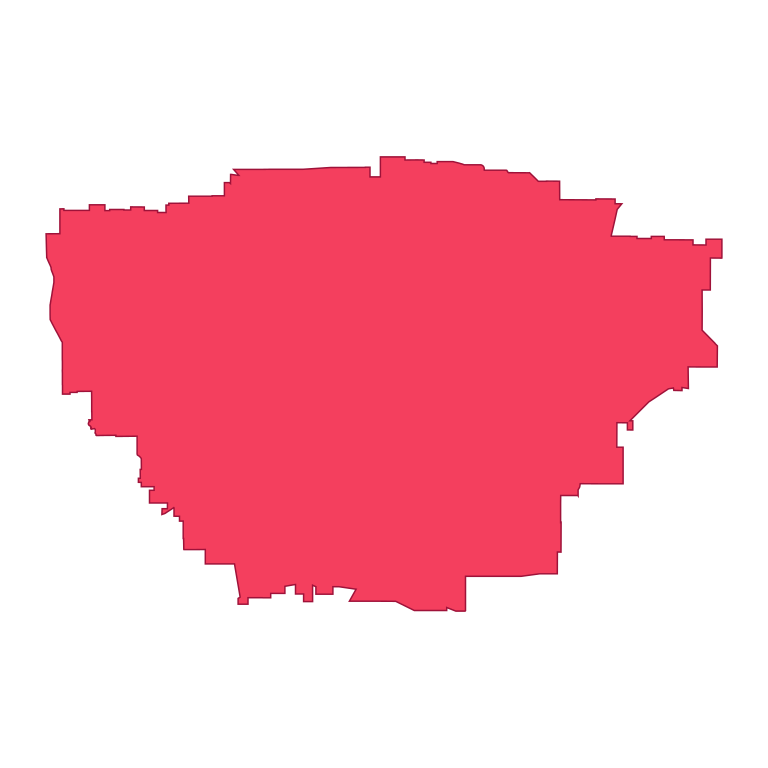 Corrigin, Western Australia, Australia (orthographic projection)
{"feature_id": "25037944B17845862979070", "entity_name": "Corrigin", "entity_type": "district", "adm_level": 2, "iso_a3": "AUS", "parent_name": "Australia", "parent_adm1": "Western Australia", "projection": "orthographic", "projection_center": [117.705, -32.376], "detail": "fine", "context": "isolated", "style": "filled", "palette": "rose", "viewbox_px": 768, "rotation_deg": 0, "n_neighbors": 0, "source": "geoboundaries", "source_scale": "gbopen_adm2", "svg_char_len": 5502}
<svg xmlns="http://www.w3.org/2000/svg" viewBox="0 0 768 768"><path d="M88.9,419.8L89.1,420.4L90.1,420.9L89.8,421.6L89.1,421.6L88.8,421.9L88.3,423.7L88.4,424.2L89.0,425.3L89.9,425.7L90.3,426.3L90.6,426.3L90.8,426.5L90.7,427.3L91.2,427.7L90.8,428.4L90.8,428.8L91.1,429.1L91.8,429.2L92.2,428.8L93.0,428.9L94.5,428.6L95.3,429.5L95.3,430.2L95.3,432.1L95.0,432.9L95.7,433.8L96.0,434.3L96.0,435.2L96.4,435.5L98.7,435.5L104.9,435.4L115.9,435.3L115.9,436.4L118.1,436.4L136.9,436.2L137.1,436.2L137.1,446.8L137.1,453.9L137.2,454.3L137.3,454.7L137.4,455.0L137.7,455.2L139.4,456.3L139.7,456.6L140.9,458.0L141.1,458.3L141.3,458.6L141.4,469.4L140.2,469.4L140.3,478.3L138.4,478.3L138.4,482.3L141.3,482.4L141.3,486.7L144.5,486.7L154.1,486.7L154.1,490.3L149.5,490.3L149.5,495.3L149.5,503.0L151.5,503.0L167.5,503.0L167.4,508.7L162.1,508.7L161.9,514.5L163.9,513.8L164.6,513.6L165.0,513.4L165.5,513.1L167.4,511.8L171.6,509.1L173.8,507.6L174.0,507.9L174.0,516.2L179.5,516.3L179.5,521.1L183.2,521.1L183.2,525.2L183.2,531.1L183.2,537.8L183.2,538.5L183.6,538.5L183.8,549.4L183.9,549.6L194.5,549.6L205.3,549.5L205.3,563.9L220.0,563.9L234.5,563.9L235.1,567.5L239.0,590.3L239.7,594.5L240.1,596.8L240.1,597.2L238.1,598.4L238.1,604.2L248.0,604.2L248.0,597.8L248.0,597.7L262.5,597.7L262.9,597.8L270.7,597.8L270.7,593.4L284.9,593.4L284.9,586.3L292.9,584.9L295.5,584.5L295.5,594.0L303.6,594.0L303.6,601.6L312.6,601.6L312.6,585.2L315.9,586.7L315.9,594.2L332.9,594.2L332.9,586.7L338.9,586.7L356.1,589.2L349.4,601.2L377.6,601.2L395.7,601.3L414.1,610.4L414.3,610.5L421.8,610.5L446.7,610.5L446.7,607.5L455.8,611.1L465.1,611.1L465.5,610.7L465.5,608.3L465.5,598.2L465.5,576.3L477.2,576.3L493.6,576.3L521.2,576.3L539.6,573.8L546.4,573.8L557.3,573.8L557.3,573.7L557.4,552.0L561.0,552.1L561.1,522.7L561.1,522.3L560.6,522.5L560.6,513.2L560.6,503.2L560.7,495.5L577.9,495.5L578.1,495.8L578.1,495.6L578.1,489.9L579.7,487.0L580.2,483.7L601.6,483.8L623.1,483.8L623.1,447.2L616.8,447.2L616.9,422.7L627.4,422.8L627.4,429.9L632.8,430.0L632.8,420.8L629.9,420.8L648.8,401.9L655.8,397.3L668.5,388.8L673.4,388.0L673.8,390.4L674.0,390.4L682.0,390.6L682.0,387.5L688.4,388.5L688.1,366.9L703.1,367.0L717.2,367.0L717.4,345.9L715.0,343.5L715.0,343.3L702.1,330.2L702.2,311.3L702.1,290.0L710.3,290.0L710.3,288.0L710.4,258.0L721.8,258.1L721.9,257.3L721.9,239.2L714.6,239.2L706.0,239.2L706.0,245.0L693.0,244.9L693.0,239.9L692.9,239.9L676.3,239.8L667.1,239.8L664.3,239.8L664.2,236.4L651.3,236.4L651.3,238.5L637.0,238.5L637.0,236.4L630.1,236.4L630.1,236.2L611.3,236.2L611.3,235.3L615.0,219.4L616.9,210.8L617.2,209.4L621.8,203.8L615.1,203.7L615.1,199.0L595.9,198.9L595.9,199.9L578.9,199.8L577.7,199.8L559.7,199.7L559.6,181.2L546.5,181.1L546.5,181.3L538.3,181.3L537.6,180.6L535.8,178.8L533.6,176.6L531.4,174.5L530.0,173.1L529.8,172.9L529.5,172.7L529.3,172.7L529.1,172.8L510.2,172.7L508.8,172.7L508.6,172.7L508.4,172.5L508.2,172.5L508.0,172.3L507.8,172.1L507.7,171.9L507.6,171.7L507.4,171.3L507.2,171.0L507.1,170.8L507.0,170.7L506.9,170.6L506.8,170.4L506.6,170.3L506.4,170.3L506.1,170.2L493.0,170.2L484.3,170.2L484.2,169.3L484.2,168.7L484.2,168.2L484.1,167.9L484.0,167.5L483.9,167.3L483.8,167.1L483.7,166.8L483.5,166.5L483.2,166.1L482.9,165.8L482.6,165.6L482.2,165.4L482.0,165.2L481.5,165.0L481.2,164.9L480.7,164.8L480.3,164.8L464.2,164.8L464.0,164.7L463.9,164.7L463.0,164.3L462.4,164.1L461.8,163.9L460.9,163.7L459.7,163.3L453.0,161.6L445.1,161.6L444.9,161.6L437.2,161.6L437.2,163.5L430.9,163.5L430.9,162.3L424.1,162.3L424.1,160.0L417.3,159.9L405.0,160.0L405.0,156.9L396.5,156.9L380.4,156.9L380.4,167.2L380.4,176.9L370.0,176.9L370.0,170.7L370.0,167.2L367.1,167.2L365.4,167.2L365.4,167.4L364.5,167.4L330.6,167.5L302.9,169.3L299.5,169.3L280.2,169.3L278.9,169.3L269.6,169.3L262.3,169.4L256.3,169.4L236.4,169.4L233.8,169.4L233.6,169.4L237.4,173.7L238.3,174.7L238.9,175.4L238.7,175.4L238.2,175.4L236.1,175.1L231.2,174.4L230.6,174.4L230.5,183.4L230.5,183.6L229.3,182.6L224.4,182.6L224.4,184.4L224.4,191.4L224.4,195.8L212.1,195.8L212.1,196.2L202.3,196.2L188.7,196.2L188.8,203.2L168.8,203.3L168.8,205.1L166.0,205.1L166.0,209.9L166.1,212.5L157.6,212.5L157.6,210.5L149.1,210.5L144.3,210.5L144.3,207.0L130.7,206.9L130.7,210.0L123.9,210.0L123.9,209.5L122.9,209.5L122.0,209.5L121.9,209.5L118.4,209.5L109.7,209.5L109.7,210.6L104.9,210.6L104.9,204.8L96.7,204.8L89.4,204.8L89.4,210.4L74.4,210.4L63.9,210.4L63.9,208.8L63.7,208.8L59.9,208.9L59.9,221.3L59.9,233.7L46.1,233.8L46.3,241.7L46.4,246.0L46.5,250.0L46.6,253.3L46.7,256.6L46.7,256.8L46.7,257.4L46.7,257.6L46.8,257.7L47.6,259.6L48.1,260.8L48.9,262.6L49.5,263.9L50.3,265.6L50.9,267.2L51.0,267.3L51.1,267.5L51.1,268.3L51.1,269.0L51.2,269.3L51.3,269.7L51.6,270.7L52.1,272.0L53.2,274.9L53.7,276.3L53.8,276.6L53.9,276.9L53.9,277.3L53.9,280.6L53.9,282.1L53.9,282.3L53.9,282.5L53.8,282.9L53.5,284.8L53.0,287.8L52.3,291.7L51.8,295.2L51.3,297.9L50.9,300.2L50.5,302.6L50.3,304.1L50.1,304.9L50.1,305.5L50.1,306.9L50.1,309.5L50.1,312.8L50.1,314.3L50.2,319.6L50.3,319.9L50.5,320.2L52.3,323.8L53.1,325.3L55.3,329.5L56.6,331.9L57.3,333.1L59.3,336.9L60.1,338.4L60.6,339.4L61.0,340.2L61.3,340.8L61.9,341.6L62.1,342.0L62.3,342.4L62.3,344.0L62.3,344.3L62.3,345.0L62.3,345.4L62.3,347.5L62.3,353.1L62.3,353.9L62.3,357.0L62.3,359.2L62.4,361.9L62.4,366.1L62.4,368.6L62.3,370.5L62.4,373.2L62.4,376.5L62.4,379.5L62.4,382.0L62.4,384.9L62.5,385.1L62.5,388.7L62.5,391.7L62.5,394.1L70.0,394.1L70.0,392.4L77.1,392.4L77.2,391.4L91.6,391.3L91.7,400.7L91.7,411.6L91.8,411.6L91.9,419.8L89.9,419.8L88.9,419.8Z" fill="#f43f5e" stroke="#9f1239" stroke-width="1.5"/></svg>